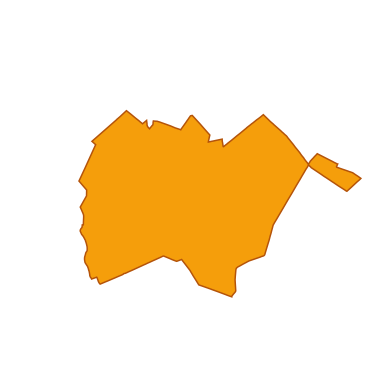 23 August, Constanta, Romania, rotated 137°
{"feature_id": "2599482B30382262964220", "entity_name": "23 August", "entity_type": "district", "adm_level": 2, "iso_a3": "ROU", "parent_name": "Romania", "parent_adm1": "Constanta", "projection": "albers", "projection_center": [28.545, 43.923], "detail": "fine", "context": "isolated", "style": "filled", "palette": "amber", "viewbox_px": 384, "rotation_deg": 137, "n_neighbors": 0, "source": "geoboundaries", "source_scale": "gbopen_adm2", "svg_char_len": 5544}
<svg xmlns="http://www.w3.org/2000/svg" viewBox="0 0 384 384"><g transform="rotate(137 192 192)"><path d="M234.6,88.5L234.4,88.2L234.3,88.3L234.0,88.5L233.7,88.7L233.1,88.8L231.1,89.1L229.2,89.3L228.1,89.5L227.4,89.9L227.0,90.4L226.9,90.5L225.5,92.2L225.4,92.3L224.1,93.9L220.9,97.8L220.2,98.6L217.5,101.1L213.4,104.8L212.8,105.3L212.4,105.6L211.9,105.8L211.5,105.9L211.4,106.0L211.1,106.0L210.5,106.0L210.1,106.0L209.5,105.9L207.3,105.3L203.6,104.4L200.3,103.5L199.1,103.2L197.3,102.7L195.5,101.9L186.1,97.7L185.6,97.6L184.1,96.9L183.3,96.5L182.7,96.4L182.2,96.4L181.7,96.5L181.3,96.7L180.6,97.1L179.8,97.6L175.2,100.3L172.6,101.8L171.4,102.5L169.1,103.8L168.1,104.4L165.3,106.2L162.1,108.1L160.1,109.4L158.3,110.5L157.2,111.2L155.8,112.1L155.1,112.5L154.7,112.6L154.1,112.8L152.9,113.2L147.7,114.7L142.0,116.4L134.3,118.7L127.4,120.8L123.9,121.8L119.4,123.1L114.8,124.5L110.8,125.7L105.3,127.3L105.2,127.3L102.9,128.0L100.6,128.7L98.2,129.4L96.5,129.9L94.9,130.4L92.9,131.0L90.8,131.5L89.6,131.9L88.3,132.3L88.3,132.1L88.3,130.7L88.1,129.9L88.2,129.7L88.2,129.4L88.2,128.9L88.2,128.4L87.3,124.6L86.4,120.8L85.5,116.9L84.7,113.1L84.1,110.9L83.6,108.7L83.1,106.7L82.6,104.4L82.0,102.0L81.5,99.8L81.0,97.6L80.4,95.2L79.8,92.9L79.1,90.2L78.5,87.5L78.2,86.9L73.5,86.8L68.9,86.8L64.1,86.8L62.0,86.7L59.8,86.7L59.4,86.8L59.2,86.8L60.0,90.7L60.7,93.5L61.3,96.3L61.4,96.6L62.5,98.7L63.6,100.7L63.6,100.8L66.5,106.2L69.3,111.5L69.0,112.0L66.4,113.1L66.5,113.2L67.8,116.6L68.5,118.7L69.5,121.4L71.9,128.0L74.3,134.6L75.4,134.5L76.7,134.4L77.6,134.4L78.9,134.3L79.7,134.2L81.0,134.1L81.7,134.1L82.9,134.0L83.6,133.9L84.4,133.9L84.9,133.7L86.1,133.4L87.8,132.9L87.9,133.0L88.0,133.2L87.7,135.1L87.6,136.9L87.5,138.1L87.3,139.6L87.0,141.1L87.0,141.5L87.0,141.8L86.9,143.6L86.7,145.4L86.4,147.2L86.0,152.9L86.0,153.0L85.9,154.5L85.7,156.2L85.5,157.9L85.4,159.5L85.3,161.1L85.2,162.4L85.1,163.7L85.0,165.2L84.9,166.7L84.7,167.8L84.7,168.8L84.7,169.0L84.9,170.4L85.0,171.7L85.0,172.3L85.1,173.3L85.2,174.1L85.3,175.2L85.3,176.1L85.5,178.0L85.7,180.1L86.1,184.3L86.2,185.2L86.2,186.1L86.4,187.9L86.5,188.8L86.6,189.7L86.7,191.1L86.7,191.8L87.1,199.9L87.3,199.9L88.6,200.0L90.5,200.1L91.7,200.2L92.6,200.3L93.5,200.4L95.9,200.7L96.3,200.7L97.2,200.8L97.8,200.8L99.0,200.9L100.1,201.0L100.6,201.0L101.7,201.2L102.0,201.2L103.7,201.3L105.8,201.5L108.2,201.7L108.3,201.6L109.8,201.7L111.3,201.8L118.0,202.2L118.5,202.3L120.2,202.4L121.1,202.5L123.4,202.6L128.2,202.9L131.6,203.2L132.8,203.3L134.0,203.3L135.8,203.5L138.0,203.6L138.2,203.9L138.2,204.0L137.9,204.4L137.8,204.6L136.9,205.9L135.7,207.7L135.5,208.1L135.4,208.3L135.0,208.7L134.9,208.9L134.4,209.5L133.9,210.1L135.7,211.2L137.7,212.4L139.5,213.5L141.7,214.8L142.8,215.5L143.8,216.1L146.0,217.4L145.9,217.5L142.9,219.6L140.7,221.1L140.1,221.5L140.1,222.0L140.0,226.2L139.9,230.0L139.7,235.7L139.7,236.1L139.6,247.8L139.9,248.0L140.0,248.1L140.6,248.4L140.9,248.6L141.2,248.7L141.4,248.7L142.7,248.4L143.4,248.3L144.5,248.0L146.4,247.6L146.6,247.6L149.6,246.9L151.2,246.6L152.1,246.4L157.6,245.3L157.8,245.2L157.9,245.5L160.2,249.7L160.5,250.2L162.6,254.9L164.7,259.0L167.2,263.8L167.8,265.0L169.3,267.6L169.8,268.1L170.7,269.0L171.8,270.3L172.8,269.6L173.5,268.9L174.0,268.4L174.9,267.8L175.8,267.8L177.1,267.6L178.2,267.5L179.0,267.4L179.9,267.2L180.0,268.7L179.8,270.3L179.2,271.7L178.5,272.4L176.7,274.9L176.4,275.3L181.6,275.6L182.1,278.9L182.2,280.2L182.9,284.7L183.6,290.3L184.5,296.2L186.3,296.2L187.3,296.2L188.3,296.2L189.2,296.2L189.8,296.2L189.7,296.2L191.0,296.2L193.8,296.2L195.2,296.3L195.8,296.3L196.2,296.3L196.4,296.3L196.5,296.3L196.8,296.4L197.1,296.4L197.4,296.3L197.6,296.3L211.0,296.7L230.6,297.3L230.2,292.3L254.3,282.3L267.2,277.1L267.7,265.3L271.8,261.1L284.0,257.2L286.4,250.4L287.1,249.0L288.0,247.9L293.9,242.1L294.0,242.1L294.4,242.6L294.7,242.8L295.3,242.2L295.9,241.7L296.5,241.2L297.2,241.0L297.8,241.0L298.6,240.8L299.6,240.4L300.3,239.8L300.5,239.5L300.7,238.9L301.0,238.0L301.4,236.9L301.5,236.6L301.6,236.2L301.7,234.9L301.7,234.6L301.8,234.0L301.9,233.4L302.1,232.4L302.4,231.4L302.7,230.4L302.9,229.5L303.0,229.2L303.4,228.6L303.6,228.1L303.8,227.6L304.4,226.4L305.4,224.6L305.6,224.3L305.9,223.7L306.7,222.7L307.5,221.8L308.0,221.3L308.6,220.7L309.4,220.4L310.0,220.3L310.6,220.1L311.5,219.8L312.2,219.2L312.9,218.8L313.1,218.7L313.9,218.2L314.9,217.6L315.6,217.0L316.4,216.2L317.1,215.3L317.6,214.5L318.2,213.6L318.4,212.9L318.6,212.2L318.7,211.4L318.8,210.8L318.9,210.5L319.0,209.5L319.3,208.5L319.9,207.0L320.1,206.6L320.8,205.4L321.2,204.4L321.8,203.4L322.5,202.3L322.9,201.7L323.2,201.3L323.6,200.8L323.8,200.5L324.1,199.8L324.2,199.5L324.4,199.0L324.4,198.6L324.5,197.8L324.6,197.4L324.7,197.2L324.8,196.8L319.8,194.7L319.8,194.4L319.9,194.1L321.0,191.5L321.6,190.2L321.9,188.9L322.0,188.4L322.0,187.3L321.5,187.1L316.3,185.2L315.8,185.0L313.7,184.2L310.6,183.1L309.0,182.5L308.9,182.5L307.6,182.0L304.2,180.8L299.6,179.1L298.5,178.8L297.7,178.9L296.2,178.0L295.9,177.9L295.3,177.7L293.5,177.1L293.4,177.1L291.4,176.4L289.7,175.8L283.7,173.8L279.2,172.3L277.0,171.6L275.4,171.0L273.1,170.3L270.9,169.5L267.5,168.4L264.9,167.5L261.9,166.5L259.9,165.8L257.0,164.9L256.6,164.6L256.3,164.3L256.1,163.8L255.4,162.3L254.1,159.5L252.7,156.2L251.0,152.7L250.5,151.8L249.9,151.5L245.6,149.7L245.8,148.1L246.2,143.8L246.2,143.7L247.0,135.5L247.2,135.1L247.7,132.7L248.4,129.5L249.3,124.7L250.2,120.3L250.3,119.8L250.4,119.6L249.7,118.1L249.4,117.6L247.3,113.6L241.1,101.5L237.2,93.7L236.9,93.0L234.6,88.5Z" fill="#f59e0b" stroke="#b45309" stroke-width="1.5"/></g></svg>